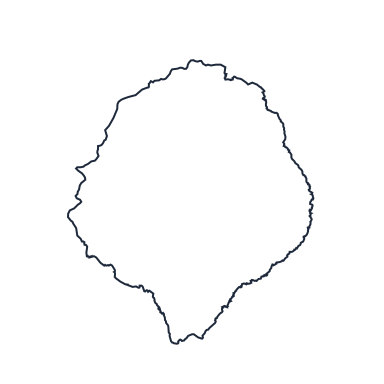 Gaua, Torba, Vanuatu (orthographic projection), rotated 313°
{"feature_id": "77236927B45015777626882", "entity_name": "Gaua", "entity_type": "district", "adm_level": 2, "iso_a3": "VUT", "parent_name": "Vanuatu", "parent_adm1": "Torba", "projection": "orthographic", "projection_center": [167.515, -14.284], "detail": "fine", "context": "isolated", "style": "outline", "palette": "slate", "viewbox_px": 384, "rotation_deg": 313, "n_neighbors": 0, "source": "geoboundaries", "source_scale": "gbopen_adm2", "svg_char_len": 5989}
<svg xmlns="http://www.w3.org/2000/svg" viewBox="0 0 384 384"><g transform="rotate(313 192 192)"><path d="M224.4,84.7L218.1,80.7L213.7,78.4L211.3,77.4L208.0,76.8L205.4,77.6L201.7,80.7L192.4,84.1L183.7,86.2L178.0,86.3L174.9,91.6L171.4,93.2L169.8,92.7L167.1,93.6L164.9,93.8L163.2,93.2L161.5,91.9L159.1,94.2L157.9,94.6L156.2,95.9L154.6,99.1L150.6,99.6L148.7,99.6L145.7,97.5L141.6,96.8L138.3,95.5L136.6,95.4L134.3,93.8L131.8,91.2L130.1,91.2L130.0,94.3L130.6,98.8L130.3,101.4L129.6,103.9L128.2,105.6L123.1,104.9L120.2,105.5L116.8,107.7L114.1,108.3L112.6,109.6L109.7,109.6L108.8,112.0L110.0,115.4L109.3,117.7L107.5,117.8L104.9,117.2L99.7,117.0L95.2,115.2L91.7,116.2L89.1,118.4L88.4,123.0L88.7,124.9L87.9,126.7L86.6,131.9L81.9,137.8L81.9,142.5L80.7,145.3L81.7,146.3L81.9,147.6L80.9,148.2L80.1,149.4L81.0,150.5L80.6,152.6L75.6,156.1L73.4,158.8L73.7,159.0L73.4,159.2L73.8,160.2L74.2,160.2L74.7,161.3L75.8,161.9L74.9,162.1L78.2,164.1L78.6,165.8L78.8,166.7L77.8,173.4L78.3,178.0L79.4,178.1L79.5,179.1L80.0,179.8L81.4,180.5L81.5,181.4L83.3,181.9L83.7,183.8L82.4,188.6L81.7,189.5L81.1,189.8L80.4,189.6L80.5,190.4L79.4,191.8L77.2,193.4L77.0,195.1L77.6,200.6L78.9,205.8L79.8,207.7L80.1,207.6L80.6,208.3L80.3,208.9L82.1,213.3L84.8,215.5L85.5,218.2L86.2,218.7L87.2,218.3L87.8,217.6L89.0,218.8L89.2,220.0L88.9,221.0L86.9,224.7L87.3,225.6L89.2,225.8L89.7,226.7L89.1,228.0L90.8,228.3L91.3,233.0L88.9,234.6L88.4,235.5L88.6,236.6L87.7,238.1L86.9,238.6L85.9,240.8L86.0,242.7L85.4,243.6L85.3,245.6L84.6,246.4L85.3,246.8L85.1,247.3L84.5,247.8L84.4,248.7L83.9,249.0L83.6,248.6L83.6,249.8L82.5,250.8L83.0,251.4L82.5,252.4L82.6,253.1L83.8,253.3L83.6,254.8L82.8,255.2L81.7,257.7L79.9,259.7L79.7,261.1L78.6,262.3L78.1,265.4L77.5,266.4L73.4,270.8L73.1,272.6L71.5,273.7L68.6,278.4L68.4,280.1L68.9,280.8L68.9,281.7L70.7,284.4L71.7,285.0L72.4,284.9L73.3,283.8L75.6,283.8L76.1,284.1L76.3,284.7L76.2,286.2L78.1,287.5L80.0,287.3L81.1,287.7L84.1,287.3L87.9,289.0L89.2,290.4L89.8,295.6L91.6,299.4L92.9,299.4L94.1,297.7L97.4,297.6L99.5,296.8L101.2,296.8L102.3,297.7L104.7,297.5L112.1,298.2L113.6,297.6L113.8,296.5L114.1,296.5L115.1,295.6L115.8,295.5L116.1,296.0L116.9,296.2L117.7,295.7L120.5,295.4L122.4,295.4L124.7,295.9L125.6,295.7L126.4,294.2L127.3,293.4L128.7,293.6L128.6,292.6L130.8,293.4L131.1,293.8L131.0,294.9L131.7,296.3L132.0,295.9L132.6,296.0L132.5,295.6L136.8,294.1L138.8,294.9L138.8,294.0L138.0,293.6L139.7,293.0L140.7,293.5L142.6,292.9L143.4,293.4L144.5,293.5L144.8,292.7L145.5,292.4L145.2,292.2L146.2,291.8L146.4,291.3L147.5,291.8L148.9,291.3L149.9,291.7L150.8,291.2L154.4,291.2L154.7,291.7L155.4,291.8L155.4,292.4L156.0,292.5L156.1,292.9L156.6,292.9L157.1,292.0L158.0,292.0L158.7,291.4L160.5,292.3L161.6,294.8L162.2,294.9L162.2,294.1L162.6,294.2L163.2,295.7L164.5,296.7L166.0,297.3L167.0,295.6L167.6,296.2L168.3,295.8L168.5,296.3L169.0,296.4L169.8,298.5L170.4,298.8L171.0,299.9L172.4,299.8L173.9,300.1L175.6,301.4L177.4,300.5L178.5,301.3L179.0,301.3L179.1,301.9L179.5,302.1L180.6,301.6L181.2,303.2L182.0,303.6L182.6,303.5L182.3,302.4L182.5,302.2L187.0,302.8L188.0,302.1L190.7,301.7L191.4,301.1L193.7,300.3L193.8,301.3L194.4,301.2L194.9,302.0L196.9,302.5L196.9,302.1L198.1,301.9L200.4,303.8L202.6,304.9L203.6,304.8L203.9,305.6L204.4,305.8L207.2,305.4L209.7,305.9L210.6,305.2L210.6,304.8L211.7,304.6L213.4,305.2L214.8,304.2L216.0,305.6L217.1,306.2L219.1,306.5L219.5,306.2L219.8,306.7L220.6,306.7L222.0,306.4L222.2,307.2L225.2,306.6L226.7,307.2L227.8,307.0L229.1,306.2L231.5,307.1L234.2,306.1L235.3,304.9L235.0,304.5L235.4,304.1L236.3,304.3L237.0,305.0L239.4,305.0L241.6,304.1L242.6,303.6L243.1,302.8L244.4,302.4L244.5,301.5L245.0,300.9L246.2,302.0L246.8,301.3L248.9,300.8L250.7,299.4L250.9,298.9L252.8,298.6L253.9,297.9L254.1,296.6L254.9,295.3L254.5,294.8L254.6,294.4L255.8,294.5L256.9,293.6L257.7,293.8L257.2,292.7L258.4,291.8L258.1,291.1L258.8,290.4L259.4,290.2L260.2,291.3L262.3,290.7L262.4,290.2L264.2,289.6L264.7,288.7L263.8,286.5L264.8,285.7L265.8,285.2L266.7,285.3L268.1,284.7L268.6,284.8L268.9,285.5L270.2,285.1L270.7,283.9L271.8,282.7L272.0,282.1L271.7,280.8L272.3,281.1L273.5,280.5L272.8,277.3L273.0,276.3L273.3,275.8L274.4,276.1L275.1,275.9L276.0,274.4L276.4,274.5L276.5,273.8L277.2,273.4L276.9,272.0L277.4,271.9L277.5,271.4L277.0,271.2L277.6,270.5L277.3,269.8L277.5,268.7L279.9,266.4L280.3,264.9L280.8,264.5L280.6,263.2L280.9,262.7L280.3,261.8L280.8,260.3L282.4,258.5L282.9,256.8L282.8,253.3L283.8,251.8L284.0,251.0L283.6,247.8L284.3,246.0L284.4,242.5L285.2,240.9L287.0,239.4L287.7,236.7L287.3,235.5L288.8,234.8L288.4,233.3L288.9,233.0L289.1,230.6L288.5,229.9L288.6,228.7L289.1,227.9L288.5,227.6L290.3,226.4L290.5,224.8L294.2,224.2L296.2,222.6L298.0,219.5L299.4,218.4L300.3,216.8L301.6,215.8L302.1,214.2L304.0,212.4L304.3,210.9L304.1,208.8L305.0,208.1L305.1,206.4L305.7,204.8L306.7,202.5L307.6,201.5L307.6,199.8L306.4,198.8L304.9,195.2L305.1,194.4L304.2,192.6L304.3,192.0L303.6,191.3L304.1,190.2L304.0,189.5L305.2,189.0L305.4,187.4L306.9,185.9L307.8,185.5L309.3,183.7L308.9,183.4L309.0,182.7L309.5,182.6L309.2,181.6L308.7,181.6L308.5,180.2L308.9,180.0L310.7,180.4L311.6,180.0L311.8,178.7L312.8,177.0L313.0,175.7L313.9,176.1L315.2,176.1L315.5,172.5L315.2,172.2L315.6,170.8L315.1,169.8L314.9,166.3L313.1,161.5L308.9,159.7L309.0,157.3L308.3,151.7L307.7,150.0L306.0,147.5L305.5,144.6L304.8,144.0L303.7,144.3L303.1,144.0L302.9,144.4L302.0,144.5L301.9,145.0L300.2,144.0L300.3,143.4L299.8,143.0L299.0,141.4L297.0,139.8L297.6,138.2L298.3,138.2L300.5,136.6L300.4,137.5L301.8,136.7L301.0,135.5L301.2,134.6L306.0,131.3L304.7,126.1L301.5,122.7L297.5,119.6L296.0,116.8L294.1,115.9L293.3,112.8L294.2,109.4L293.2,108.3L291.1,107.1L289.8,104.9L289.4,103.2L287.5,101.5L284.5,101.5L282.2,102.2L280.2,103.4L278.2,103.7L276.7,102.3L276.2,100.3L275.0,98.7L272.2,97.2L268.1,93.8L265.6,94.2L263.5,95.2L257.2,95.5L255.7,94.9L254.5,93.9L253.5,92.2L251.4,91.9L247.7,88.7L245.6,88.7L245.0,86.3L242.3,86.8L241.7,86.6L239.6,88.7L238.8,88.9L237.9,88.1L232.8,85.6L224.4,84.7Z" fill="none" stroke="#1e293b" stroke-width="2"/></g></svg>